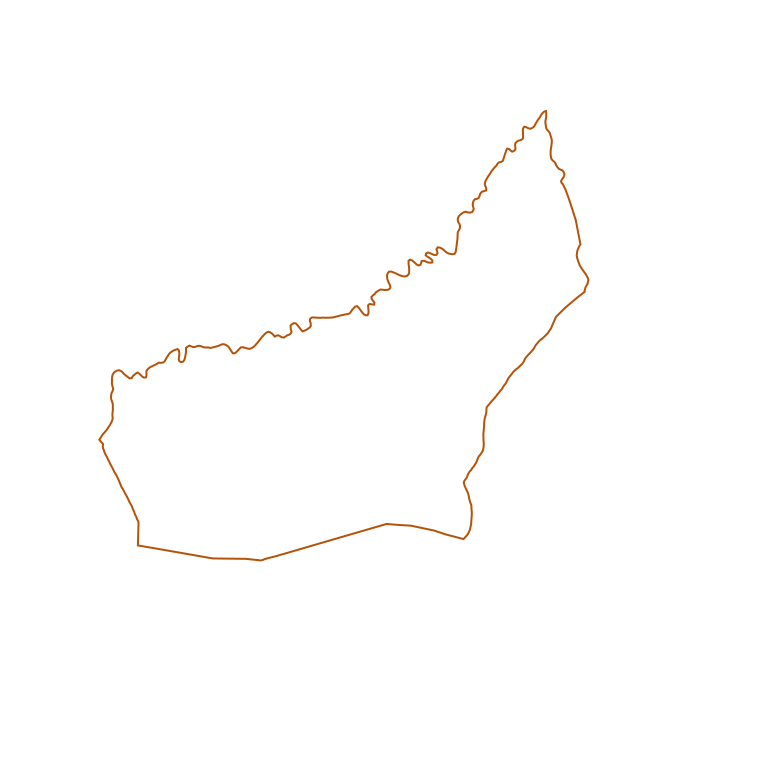 outline of Ash Shu'ayb, Al Dali', Yemen, rotated 323°
{"feature_id": "15242507B23193372099194", "entity_name": "Ash Shu'ayb", "entity_type": "district", "adm_level": 2, "iso_a3": "YEM", "parent_name": "Yemen", "parent_adm1": "Al Dali'", "projection": "mercator", "projection_center": [44.973, 13.834], "detail": "fine", "context": "isolated", "style": "outline", "palette": "amber", "viewbox_px": 768, "rotation_deg": 323, "n_neighbors": 0, "source": "geoboundaries", "source_scale": "gbopen_adm2", "svg_char_len": 6165}
<svg xmlns="http://www.w3.org/2000/svg" viewBox="0 0 768 768"><g transform="rotate(323 384 384)"><path d="M635.8,368.5L643.1,347.4L646.0,337.8L647.1,331.9L646.8,330.4L647.4,328.6L649.2,327.7L651.2,327.1L653.1,326.2L654.5,324.8L655.0,322.9L655.1,321.0L654.0,319.2L653.2,317.4L653.0,315.3L653.1,313.0L653.7,311.0L653.7,309.0L653.2,306.8L653.2,304.7L654.2,302.7L655.2,300.9L657.9,297.5L659.3,296.2L662.6,292.9L664.1,291.2L665.2,289.4L666.0,287.3L667.5,283.2L667.5,281.2L667.3,279.3L667.5,277.3L669.8,273.0L671.0,271.3L674.2,268.4L676.7,265.2L677.7,263.5L676.1,262.9L673.9,263.0L671.9,263.5L668.2,265.1L666.1,265.6L662.6,267.0L658.9,268.7L656.2,268.7L654.3,268.1L653.1,266.5L652.2,264.6L650.9,262.9L648.9,263.6L647.6,265.0L643.8,270.4L642.3,271.7L640.1,271.5L638.2,270.8L636.0,270.3L633.6,270.9L632.3,272.3L631.2,274.3L630.0,275.8L628.1,276.1L626.2,275.6L625.6,273.8L625.4,271.8L624.0,270.1L622.1,271.1L620.4,272.3L618.7,273.4L615.1,276.0L612.9,277.4L610.9,277.0L608.9,276.1L607.0,276.5L604.9,277.3L602.2,277.7L599.3,278.4L597.5,278.9L595.2,279.9L592.1,280.9L587.5,282.8L585.7,284.1L584.5,285.6L583.9,287.4L583.4,289.4L582.0,290.9L579.7,290.0L577.6,289.4L575.3,290.0L573.5,291.3L571.5,292.4L569.5,292.0L567.8,291.1L565.9,291.6L564.2,292.7L562.8,294.1L561.9,295.9L561.2,297.9L559.7,299.1L557.8,299.7L556.0,299.0L554.4,297.6L553.0,295.6L550.9,294.8L548.9,294.7L546.9,294.7L544.9,295.0L542.9,295.9L541.4,297.7L540.7,299.5L540.6,301.5L539.9,303.4L538.7,305.0L536.8,306.1L534.2,307.2L530.0,312.3L522.1,320.4L520.5,321.8L518.6,322.5L516.8,321.6L515.4,320.2L514.1,318.6L513.2,316.8L512.7,314.9L512.4,312.8L511.7,310.7L510.8,308.8L509.1,307.2L507.0,307.9L506.4,309.8L505.5,311.7L503.6,312.4L501.8,311.3L500.8,309.6L499.9,307.8L498.2,305.4L496.1,305.1L494.7,306.4L495.3,308.4L496.1,310.4L496.7,312.3L497.0,314.4L495.7,316.0L493.9,315.0L492.1,313.2L491.1,311.4L490.2,309.6L488.1,308.5L486.5,309.7L484.7,310.8L482.8,310.0L482.0,308.2L481.3,304.3L480.8,302.2L479.6,300.3L477.7,300.4L475.4,303.7L474.5,305.4L473.4,307.2L470.9,310.5L469.0,311.4L467.1,311.5L465.1,310.5L463.4,308.6L461.8,306.4L459.7,302.2L457.3,298.4L455.5,297.3L453.6,297.8L451.6,299.2L450.4,301.2L449.5,303.1L448.9,305.1L448.1,309.3L446.9,311.1L444.6,311.4L442.6,310.4L440.9,309.1L438.0,306.4L435.9,306.1L432.9,305.9L430.6,306.6L428.6,306.6L426.2,307.0L425.3,308.9L425.3,313.3L424.0,314.7L422.1,313.0L420.7,311.4L418.6,311.6L415.3,316.8L414.0,318.3L412.2,319.2L410.6,318.0L409.8,316.1L409.7,314.0L409.7,307.8L409.3,305.5L407.4,304.8L403.4,305.6L399.4,306.9L397.5,306.5L395.5,305.4L389.6,302.7L387.6,302.0L385.7,301.1L383.5,300.2L381.8,299.2L380.2,298.1L378.3,296.7L376.7,295.5L375.2,294.2L373.4,293.1L370.8,291.1L367.9,288.5L366.2,287.4L364.2,287.5L362.7,289.1L362.0,291.3L360.6,293.5L358.6,294.2L354.7,294.0L352.7,293.6L350.6,292.9L350.4,290.8L350.4,288.8L350.3,284.6L350.0,282.5L348.6,281.1L346.6,280.9L344.6,281.1L343.4,282.7L342.3,284.7L341.6,286.7L339.9,287.6L338.0,287.6L336.0,286.9L332.1,286.7L330.5,285.2L329.8,283.4L329.0,281.6L327.3,280.7L325.3,280.4L325.2,278.3L324.9,276.3L324.2,274.4L323.2,272.7L321.2,272.2L319.2,272.3L315.0,273.0L307.9,274.9L303.4,275.8L301.4,275.8L299.5,275.6L297.6,274.9L296.2,273.4L293.6,269.9L291.7,268.6L285.6,269.6L283.5,269.7L281.8,268.6L281.8,266.7L282.1,262.6L282.2,260.4L281.5,258.3L280.5,256.4L279.0,255.0L275.1,254.0L273.2,253.4L267.3,250.9L265.8,249.2L262.2,246.4L261.1,244.5L259.8,242.6L258.1,241.4L256.1,240.9L254.1,240.0L252.9,238.3L251.6,236.2L249.7,235.9L247.6,236.0L245.2,239.3L241.0,243.2L238.9,244.7L236.8,245.2L235.0,244.4L234.3,242.5L235.1,240.5L238.2,237.4L239.4,235.6L240.4,233.7L240.1,231.8L236.2,230.6L233.3,230.3L231.1,230.5L228.4,231.4L226.5,232.1L222.3,233.9L220.3,233.8L218.6,232.8L216.7,231.3L214.7,231.3L212.6,230.9L208.3,230.0L206.4,229.8L204.4,230.0L202.1,230.6L199.4,234.3L197.9,235.5L196.2,234.5L195.4,232.7L194.8,228.5L194.1,226.5L192.1,226.3L187.9,226.6L185.9,227.5L184.2,226.3L183.5,223.9L182.3,219.3L182.3,217.3L181.8,215.5L180.8,213.7L179.1,212.7L177.0,212.3L174.9,212.4L172.8,213.3L171.1,214.8L169.6,216.5L167.1,219.7L166.1,221.6L165.4,223.4L164.5,225.3L162.8,226.4L161.0,227.2L159.6,228.5L158.2,230.0L157.0,231.9L155.7,236.0L154.6,237.9L151.6,241.8L148.8,244.8L146.6,248.2L144.9,249.6L142.9,250.7L139.7,252.1L137.8,252.7L135.2,253.7L130.2,254.8L128.2,255.3L125.7,256.2L123.1,257.2L123.1,259.3L123.4,261.3L123.5,263.0L121.8,264.5L120.9,266.4L120.4,268.4L119.7,270.3L119.2,272.4L118.9,274.3L118.7,276.3L118.1,278.4L117.9,280.5L117.3,282.7L116.7,286.9L115.8,291.5L115.2,296.7L114.2,301.4L112.3,308.6L112.2,310.7L111.7,313.5L110.6,320.9L109.6,325.6L109.1,329.8L108.3,332.3L107.8,334.7L106.6,338.7L106.2,341.1L105.4,343.6L105.2,345.6L104.2,347.4L90.3,364.8L142.3,420.3L168.2,440.3L177.6,449.0L179.1,450.6L181.0,451.5L183.1,452.0L186.9,453.4L194.2,456.5L301.8,497.3L310.9,505.4L320.3,513.4L335.9,531.3L342.8,541.3L354.2,555.7L358.4,554.9L360.9,554.2L362.9,553.2L364.6,552.2L366.3,550.9L369.5,548.1L370.7,546.6L375.4,541.3L377.6,538.3L378.6,536.5L380.0,534.6L381.0,532.9L381.5,530.9L383.0,526.9L384.9,523.1L385.6,521.3L385.9,519.4L386.9,514.8L387.5,512.8L388.4,510.7L390.2,509.6L393.9,508.5L395.7,507.3L397.5,506.3L399.6,505.5L401.7,505.1L404.2,504.2L406.3,503.8L408.1,503.1L410.2,502.3L416.0,498.9L417.9,498.5L422.1,497.1L423.7,496.0L425.3,494.6L426.7,493.0L428.0,491.4L429.2,489.4L433.1,483.9L437.4,479.2L438.8,477.6L440.0,476.0L442.7,473.1L444.3,471.7L446.1,470.3L447.8,469.0L449.4,467.4L450.6,465.8L451.9,464.4L454.3,463.8L459.5,462.6L464.1,461.7L466.5,461.1L468.3,460.5L470.9,460.0L472.8,459.4L474.8,459.1L476.8,458.3L478.7,457.5L480.9,457.0L485.1,455.1L487.4,454.0L491.7,453.0L494.0,452.3L496.3,451.9L498.4,451.8L500.6,451.8L506.8,451.0L508.7,450.4L512.2,448.5L516.8,447.5L519.0,447.2L521.6,446.7L523.8,446.2L525.6,445.6L528.1,444.4L533.5,443.1L534.2,443.0L538.4,442.9L540.3,442.7L545.2,442.0L550.8,440.1L561.7,433.9L574.9,432.1L590.0,431.3L599.7,431.1L599.7,430.8L601.3,429.4L603.1,428.1L606.9,426.4L608.6,425.0L610.0,423.7L610.7,421.6L611.2,417.5L611.3,411.3L611.7,407.1L612.3,405.0L612.9,403.1L614.3,399.1L615.2,397.4L618.4,394.1L620.5,392.7L623.2,391.3L624.9,390.7L635.8,368.5Z" fill="none" stroke="#b45309" stroke-width="2"/></g></svg>